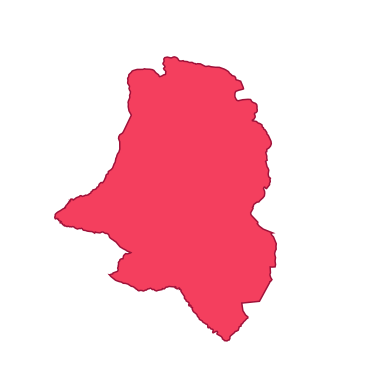 outline of Anolaima, Cundinamarca, Colombia, rotated 309°
{"feature_id": "7082276B71021669842786", "entity_name": "Anolaima", "entity_type": "district", "adm_level": 2, "iso_a3": "COL", "parent_name": "Colombia", "parent_adm1": "Cundinamarca", "projection": "robinson", "projection_center": [-74.474, 4.788], "detail": "fine", "context": "isolated", "style": "filled", "palette": "rose", "viewbox_px": 384, "rotation_deg": 309, "n_neighbors": 0, "source": "geoboundaries", "source_scale": "gbopen_adm2", "svg_char_len": 5975}
<svg xmlns="http://www.w3.org/2000/svg" viewBox="0 0 384 384"><g transform="rotate(309 192 192)"><path d="M100.4,314.0L101.9,313.7L103.3,312.6L104.5,312.5L109.6,313.5L110.7,313.3L111.9,314.2L113.8,314.9L117.0,313.5L118.7,314.5L120.1,313.4L121.4,314.0L123.8,313.8L125.4,314.1L127.9,314.2L129.2,314.7L130.1,314.0L130.1,311.1L131.8,306.2L137.0,300.6L149.5,313.2L170.7,309.3L171.2,308.9L171.9,309.3L174.2,309.3L175.0,307.1L176.5,304.8L177.2,304.3L178.5,303.9L182.9,299.9L183.9,301.3L186.1,303.7L188.2,302.6L190.6,300.0L193.6,298.2L195.2,296.0L196.4,294.8L198.9,293.7L200.4,293.5L202.6,291.5L204.8,290.1L208.4,283.5L208.6,281.4L209.4,279.7L210.1,279.7L211.0,280.5L208.0,270.8L207.8,265.8L208.4,262.7L209.2,262.7L210.0,262.1L211.2,253.1L211.6,251.9L212.7,250.7L217.5,249.8L218.0,249.5L218.2,248.6L219.5,248.7L219.9,248.3L221.4,247.9L224.8,248.8L226.4,250.2L228.2,250.2L232.2,250.8L234.5,250.7L236.8,249.3L238.2,248.0L239.6,245.5L240.9,245.0L241.3,245.1L241.6,245.6L241.3,247.1L241.6,247.8L246.5,247.7L247.4,246.8L249.3,246.3L251.1,244.5L252.0,244.3L252.1,242.2L252.4,241.6L253.9,239.9L257.3,237.9L258.4,235.9L258.8,234.5L261.6,230.9L261.9,230.1L262.7,230.0L264.0,230.4L265.3,228.8L267.0,227.5L269.0,224.5L269.8,224.3L270.4,224.7L272.2,223.3L274.8,224.1L277.1,224.1L279.4,223.3L281.1,221.5L284.0,215.7L284.3,213.6L285.3,212.7L286.1,210.2L286.3,209.5L286.0,208.3L286.9,207.0L286.8,205.8L288.2,204.0L287.8,201.2L287.3,200.6L287.2,198.9L287.4,197.8L285.4,194.1L285.8,193.7L287.6,194.3L290.1,193.9L291.3,192.6L291.8,191.5L292.6,191.1L294.3,191.9L295.8,191.8L297.0,190.9L298.1,189.6L299.1,189.0L300.5,187.5L300.8,186.4L300.7,184.9L300.2,183.9L299.9,182.2L300.0,181.2L300.7,179.6L300.6,179.0L299.0,176.9L295.7,173.4L292.0,170.5L291.5,169.0L291.9,167.8L292.9,165.6L293.9,164.6L295.9,163.2L297.3,162.8L298.0,162.8L300.5,164.3L304.0,166.9L304.6,167.1L305.6,165.8L308.7,160.1L307.7,157.2L307.2,156.3L307.0,155.4L308.3,153.9L308.7,152.4L307.6,149.5L307.9,149.0L307.9,146.4L308.5,144.6L308.2,141.7L307.8,139.7L306.1,134.8L303.6,131.6L301.4,128.1L300.4,125.8L298.3,123.8L297.9,123.0L296.9,118.0L295.3,115.6L293.8,114.6L293.9,113.8L293.0,112.3L293.0,111.0L292.2,109.7L291.4,109.0L290.8,108.0L290.4,106.3L288.5,103.5L288.5,102.5L286.9,101.1L286.2,100.0L286.0,98.8L286.7,97.0L286.8,95.6L286.1,93.5L285.1,92.5L283.6,91.8L282.9,91.2L281.3,87.9L279.3,86.3L278.3,86.3L277.6,86.4L276.0,88.1L273.7,88.5L273.2,89.0L272.8,91.3L272.2,92.3L270.2,92.1L269.5,93.4L269.6,94.5L269.1,96.0L267.8,96.6L267.3,97.2L266.5,97.3L265.3,96.3L262.9,95.4L261.3,94.3L261.3,93.8L262.0,92.2L261.9,88.9L262.5,85.9L262.2,84.3L260.9,82.0L258.4,78.7L257.9,77.6L256.3,76.6L252.7,72.2L249.4,69.9L248.0,69.3L247.1,69.5L243.5,69.1L241.5,70.3L239.9,70.4L238.3,72.1L236.6,73.1L236.0,73.7L235.0,76.7L234.3,77.3L232.8,77.9L231.9,79.3L231.3,81.0L229.7,82.1L227.9,82.6L226.5,84.0L225.5,84.5L223.0,85.2L221.4,85.9L220.4,87.1L218.1,88.8L215.4,92.0L213.6,96.4L213.2,96.6L195.9,100.7L194.0,100.9L191.1,99.9L188.9,100.3L187.3,101.3L185.6,104.2L179.9,108.9L177.2,110.0L174.8,110.2L173.3,110.6L171.6,111.4L170.2,111.7L166.7,113.6L164.9,113.8L160.7,115.2L158.6,115.1L155.3,114.1L153.3,115.3L152.0,114.6L151.2,114.6L150.0,115.1L149.6,115.6L148.7,115.6L148.2,116.1L147.5,116.0L145.7,116.6L143.4,116.7L142.9,116.7L142.2,115.4L141.6,115.2L139.6,115.0L137.3,115.9L136.0,115.2L134.9,115.5L133.4,115.3L131.3,113.7L129.6,113.9L128.7,113.5L127.3,114.0L125.8,113.2L125.0,113.4L122.9,112.0L122.5,111.2L121.6,110.9L119.6,109.6L119.3,108.0L118.6,107.4L117.4,107.3L114.8,105.7L111.6,105.0L111.0,104.7L111.3,103.9L110.6,102.7L110.0,102.3L108.9,102.9L108.5,102.3L108.3,102.8L107.6,103.1L106.9,102.5L105.6,103.0L105.0,102.6L103.8,102.9L102.5,102.6L100.7,103.0L100.2,103.5L99.9,103.4L99.8,102.9L99.0,103.1L98.1,102.5L94.6,101.4L92.2,100.4L90.6,100.0L88.6,99.8L86.9,101.0L86.1,101.1L85.2,102.4L85.2,102.8L86.5,103.6L86.3,104.7L86.8,105.3L86.3,105.8L86.0,106.5L86.6,108.7L85.7,108.5L85.1,108.9L85.7,110.0L85.9,111.0L85.4,111.6L85.4,113.1L85.9,113.7L85.4,114.2L86.0,115.1L86.5,116.7L87.4,117.2L88.0,118.9L88.7,119.5L89.0,120.3L89.9,120.9L90.5,122.0L90.5,123.9L91.1,126.2L92.7,127.3L93.3,128.3L94.2,128.9L94.4,129.9L94.0,131.0L94.1,131.8L95.3,133.9L95.6,135.0L96.5,136.6L98.4,139.4L98.8,142.3L100.0,142.0L100.5,143.4L102.3,146.2L104.3,147.2L104.9,148.0L105.3,150.7L106.2,151.9L106.5,152.8L106.2,154.6L105.2,156.0L104.9,156.7L104.8,157.9L105.3,164.5L104.1,170.5L104.6,174.3L105.2,176.9L105.3,178.9L106.5,182.7L105.9,182.6L103.3,180.8L102.4,179.2L100.3,178.9L99.2,179.0L96.7,180.3L95.5,179.1L94.2,178.6L92.9,179.1L91.0,179.1L89.9,180.2L88.0,181.2L88.0,181.5L86.1,182.1L85.3,183.4L84.0,184.0L83.4,184.0L79.4,181.6L78.4,181.9L77.1,180.8L76.3,180.9L75.7,179.9L75.3,182.2L75.3,187.9L75.5,188.8L76.5,191.7L77.6,193.9L77.8,196.0L79.1,197.8L80.1,200.1L80.5,204.1L81.5,206.0L81.5,208.3L81.7,208.6L81.4,209.7L81.7,210.6L81.5,211.9L81.7,212.2L81.8,213.0L82.8,213.5L84.1,215.3L84.3,216.3L84.8,216.8L86.4,217.5L87.0,218.2L88.8,218.6L89.7,219.5L91.0,220.2L91.3,221.1L91.2,222.5L92.3,223.7L92.2,225.2L92.8,226.7L94.2,227.5L97.3,230.1L98.3,229.8L98.7,230.7L99.4,231.5L101.7,231.7L102.7,232.8L104.1,233.5L106.8,237.5L107.2,238.6L107.8,238.5L107.9,239.1L107.0,239.2L106.9,239.5L107.4,240.5L107.3,241.4L109.0,242.2L109.4,242.6L109.3,243.2L108.5,243.5L108.9,243.9L108.7,244.8L108.9,245.3L107.8,246.1L106.1,251.8L105.8,252.3L105.0,252.6L104.5,253.3L104.4,255.0L103.7,256.0L104.1,258.9L103.8,259.7L102.1,260.5L101.8,261.1L101.7,261.5L102.0,261.9L102.9,261.7L103.1,262.1L103.0,262.7L101.9,263.8L101.9,264.3L102.4,264.8L102.4,265.2L101.2,265.8L100.2,267.6L99.9,268.6L99.9,272.8L99.0,274.2L98.3,277.2L97.7,277.9L98.2,280.9L97.7,282.7L98.1,284.4L98.1,285.8L98.7,287.1L98.3,288.0L96.9,289.4L96.7,289.8L96.8,290.2L97.9,290.7L97.5,292.9L98.3,294.5L98.0,295.4L96.0,296.4L95.8,296.8L95.9,297.1L98.8,298.4L99.5,299.2L99.2,300.1L97.5,300.6L97.3,300.9L98.1,305.5L97.8,307.2L97.0,308.1L97.2,309.8L96.9,310.7L98.3,312.9L100.2,313.6L100.4,314.0Z" fill="#f43f5e" stroke="#9f1239" stroke-width="1.5"/></g></svg>